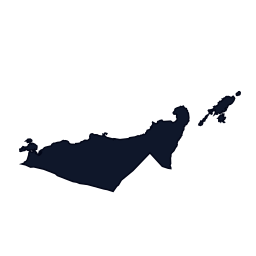 the district of Occidental Mindoro, Mindoro Occidental, Philippines, rotated 107°
{"feature_id": "2640588B90196487973168", "entity_name": "Occidental Mindoro", "entity_type": "district", "adm_level": 2, "iso_a3": "PHL", "parent_name": "Philippines", "parent_adm1": "Mindoro Occidental", "projection": "orthographic", "projection_center": [120.638, 13.026], "detail": "fine", "context": "isolated", "style": "filled", "palette": "ink", "viewbox_px": 256, "rotation_deg": 107, "n_neighbors": 0, "source": "geoboundaries", "source_scale": "gbopen_adm2", "svg_char_len": 5697}
<svg xmlns="http://www.w3.org/2000/svg" viewBox="0 0 256 256"><g transform="rotate(107 128 128)"><path d="M154.3,75.2L153.2,75.6L152.1,76.6L151.1,77.0L149.7,76.8L144.2,78.7L142.1,78.8L142.0,79.0L141.1,79.3L140.1,79.2L139.5,79.2L136.3,77.5L132.6,76.8L131.4,76.2L129.5,76.1L128.8,76.6L127.7,76.7L125.2,76.6L124.5,75.9L123.0,75.7L122.0,75.1L119.9,74.8L119.2,74.4L118.3,74.8L116.3,74.7L115.8,75.0L113.3,74.2L110.3,74.9L109.6,74.3L108.9,74.4L108.2,74.1L107.5,73.1L104.3,72.4L103.3,71.9L102.9,72.4L100.4,72.8L96.0,74.7L95.6,75.6L94.0,76.3L93.1,77.8L92.4,77.9L92.5,78.7L92.1,80.3L90.9,81.4L92.0,82.9L92.1,84.2L92.7,84.4L94.5,87.0L95.9,88.4L96.9,88.5L97.6,88.2L99.9,89.2L100.4,89.2L101.3,88.1L100.6,85.9L100.9,85.3L103.4,84.7L104.5,83.7L105.8,83.4L108.4,84.7L109.9,86.7L109.7,87.6L109.2,88.2L109.0,89.3L111.3,95.5L111.5,96.9L110.6,97.9L111.6,99.7L112.1,100.0L113.1,101.4L114.0,101.4L114.4,100.9L115.3,101.5L115.9,103.4L115.4,105.0L115.5,105.8L115.2,106.1L115.4,106.2L116.0,105.7L117.3,105.3L119.2,105.9L120.4,105.5L120.5,106.6L121.3,106.3L122.2,106.4L122.1,106.2L122.9,106.4L124.6,108.9L127.2,109.1L127.3,109.5L128.7,109.6L129.4,110.1L129.7,110.9L129.5,111.3L130.9,112.6L131.1,113.5L131.9,114.1L132.5,115.2L132.5,116.1L134.5,118.6L136.8,123.5L137.1,123.8L137.8,123.6L138.1,123.9L137.9,124.0L141.5,132.3L142.2,137.3L142.5,137.3L142.4,138.0L142.2,137.7L142.3,138.1L142.8,138.0L143.5,138.7L143.4,138.9L143.0,138.4L142.4,138.2L143.0,139.9L143.1,142.1L143.2,141.9L143.5,142.0L143.2,142.4L143.5,143.0L143.3,145.8L142.2,148.3L141.5,148.8L141.8,148.8L140.9,148.9L141.5,149.5L141.4,150.0L142.0,149.7L142.1,149.2L142.6,149.3L143.5,150.8L144.0,154.3L143.6,154.8L143.6,155.4L143.9,157.0L144.4,157.8L144.0,160.6L144.9,161.8L145.7,162.1L147.2,162.1L149.1,161.3L151.3,162.5L151.9,163.4L152.3,165.6L152.9,166.3L153.9,166.9L155.0,168.8L156.3,169.2L157.4,171.2L158.2,173.4L158.5,173.3L159.2,173.9L160.3,178.0L160.0,179.8L158.7,181.0L158.3,182.4L158.4,184.0L158.9,185.1L158.9,186.3L161.3,188.6L162.6,191.5L163.9,193.3L164.4,194.7L165.9,195.9L167.1,196.0L167.8,196.5L170.4,201.0L171.3,202.1L173.7,203.3L174.4,204.5L176.3,205.8L176.9,205.8L175.9,205.0L176.0,204.7L176.3,204.9L176.5,204.7L176.2,203.7L176.5,203.6L176.9,204.2L177.1,204.1L177.0,204.4L177.5,204.3L177.2,205.1L177.5,204.9L178.6,206.2L178.5,205.9L179.2,205.5L179.1,205.0L179.5,205.1L179.4,204.7L179.7,204.8L179.5,204.5L179.9,204.7L180.0,205.5L179.9,206.7L178.8,207.9L179.1,208.3L179.4,208.2L179.4,208.9L178.8,209.1L179.2,208.6L178.8,208.1L178.5,208.1L177.1,210.3L177.5,211.8L177.3,212.2L177.7,212.3L178.3,211.6L179.4,212.5L179.1,214.0L179.3,214.9L178.9,215.3L179.8,215.1L181.0,215.5L181.5,215.2L183.4,215.0L183.5,214.7L183.7,215.0L187.8,215.0L189.7,215.6L190.9,217.0L192.0,217.0L193.5,219.1L193.2,215.2L193.9,209.8L192.7,206.7L192.0,196.5L192.9,184.1L194.1,181.6L195.3,164.9L194.8,161.2L195.1,158.0L193.8,150.2L193.3,133.3L192.9,129.8L193.0,123.7L187.0,121.8L185.3,120.5L179.8,119.2L167.3,110.9L145.3,99.8L154.6,84.0L154.7,77.8L154.3,75.2ZM68.4,34.7L66.9,36.5L67.3,37.2L68.8,37.9L68.5,40.7L68.6,41.6L69.1,42.1L69.1,43.0L69.5,43.5L70.7,43.9L70.9,44.3L71.8,44.7L71.7,45.2L72.3,45.4L72.7,46.2L73.0,45.8L73.7,45.7L74.3,46.2L75.2,46.4L75.6,47.9L76.8,48.3L77.5,49.0L78.8,48.4L80.7,49.2L80.7,49.5L81.7,50.5L81.9,51.5L82.4,51.5L82.6,52.0L82.8,51.7L83.9,51.7L86.1,52.8L86.3,53.2L86.0,53.5L86.3,54.1L86.7,54.1L87.2,55.4L87.0,55.8L87.5,56.2L87.9,56.3L88.3,55.8L88.8,54.4L90.1,54.9L90.6,54.6L89.7,53.7L89.7,52.9L90.4,52.4L89.8,51.8L88.9,52.1L88.5,52.5L88.0,52.5L85.8,50.9L85.7,50.1L86.0,49.9L85.7,49.8L86.6,49.1L87.6,48.9L89.8,49.2L88.6,48.3L88.6,47.7L88.9,47.2L88.7,46.8L88.2,47.5L87.6,47.3L87.1,45.7L87.2,44.4L86.4,43.8L86.1,42.7L84.8,43.0L84.2,42.8L84.6,41.7L84.1,40.8L82.9,40.0L82.8,39.6L81.5,39.4L81.2,39.8L81.4,40.5L80.9,40.8L80.3,40.4L80.4,39.9L79.7,39.1L76.8,38.8L76.3,38.4L75.3,36.9L73.6,35.7L70.8,34.8L68.4,34.7ZM175.1,209.2L172.8,209.5L171.7,210.0L171.5,211.0L170.7,212.6L170.8,213.5L170.6,213.8L170.6,215.1L171.5,215.6L170.9,216.3L171.2,217.3L172.9,217.7L173.1,218.2L174.5,218.3L175.2,218.7L175.8,219.3L176.6,221.2L176.5,223.0L177.0,223.2L177.3,223.0L177.9,223.6L178.5,223.1L178.7,223.9L179.7,224.7L179.8,225.2L180.2,225.2L180.8,224.8L181.8,224.5L181.8,223.8L180.4,221.8L179.6,220.1L179.2,220.0L178.8,219.7L178.4,220.1L178.1,219.9L178.4,218.9L178.1,217.7L178.6,217.3L178.2,216.0L178.4,215.9L177.5,214.6L177.3,213.9L176.7,213.5L176.9,213.0L176.4,211.4L176.1,211.3L176.3,211.2L175.1,209.2ZM91.7,38.3L89.6,37.9L89.4,38.3L89.8,39.0L89.4,40.2L88.6,40.4L88.2,40.2L87.9,40.6L86.8,40.4L86.9,41.1L87.2,41.4L87.7,41.0L88.3,41.2L88.3,42.5L88.6,43.2L90.7,44.2L91.6,44.2L92.4,44.8L92.4,44.3L92.7,43.8L94.8,43.2L94.3,42.7L94.9,42.1L94.5,41.7L95.0,41.1L94.0,41.0L93.7,40.3L94.0,39.6L93.6,39.8L93.2,39.5L93.3,39.0L92.0,39.3L91.7,38.3ZM91.6,55.0L92.4,55.7L92.9,56.3L94.3,57.2L95.4,57.0L97.5,58.6L98.3,58.6L99.9,59.4L100.2,59.7L100.1,60.2L100.5,60.2L100.5,60.5L101.7,60.5L103.0,61.2L104.3,61.2L104.4,59.5L103.1,58.1L101.9,58.0L100.0,58.3L99.4,57.8L98.9,56.8L98.5,56.9L97.6,56.6L97.1,56.8L96.0,56.3L95.4,55.8L93.9,55.8L91.6,55.0ZM63.0,30.8L61.4,31.0L60.7,31.8L60.7,32.2L61.0,32.8L62.3,33.4L63.2,34.3L63.9,34.4L64.9,33.8L65.0,33.3L64.6,32.4L63.8,31.7L63.7,31.1L63.0,30.8ZM168.5,216.2L167.8,216.6L167.2,218.1L167.8,219.9L168.4,219.4L169.1,219.3L169.2,219.9L168.2,220.1L168.4,220.5L168.9,220.4L169.3,221.2L170.1,221.7L169.8,220.9L169.1,220.5L169.7,219.5L170.2,220.1L170.8,220.3L171.2,220.0L171.1,219.6L170.6,218.7L170.0,218.7L169.4,216.8L168.5,216.2ZM139.5,146.6L139.5,147.2L140.3,146.8L140.2,146.7L139.5,146.6ZM140.1,148.3L139.8,148.6L140.3,149.0L140.6,149.0L140.1,148.3ZM94.3,37.4L94.2,37.6L94.2,38.4L94.6,37.7L94.3,37.4Z" fill="#0f172a" stroke="#020617" stroke-width="1.5"/></g></svg>